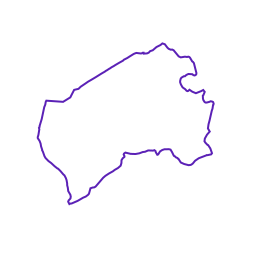 Chiquimula, Chiquimula, Guatemala (Natural Earth projection), rotated 327°
{"feature_id": "79465075B13186946486683", "entity_name": "Chiquimula", "entity_type": "district", "adm_level": 2, "iso_a3": "GTM", "parent_name": "Guatemala", "parent_adm1": "Chiquimula", "projection": "natural_earth1", "projection_center": [-89.563, 14.792], "detail": "fine", "context": "isolated", "style": "outline", "palette": "violet", "viewbox_px": 256, "rotation_deg": 327, "n_neighbors": 0, "source": "geoboundaries", "source_scale": "gbopen_adm2", "svg_char_len": 2719}
<svg xmlns="http://www.w3.org/2000/svg" viewBox="0 0 256 256"><g transform="rotate(327 128 128)"><path d="M43.8,100.0L43.8,101.2L42.6,106.2L42.5,108.3L43.3,112.4L44.5,115.6L45.6,120.0L46.8,123.6L47.2,124.0L47.9,127.3L48.5,131.8L48.9,133.1L48.6,136.2L48.1,138.2L46.8,141.3L45.8,142.9L45.0,145.3L43.5,148.4L43.3,152.6L42.6,154.4L41.3,155.8L38.8,156.4L37.7,157.2L37.4,159.9L38.5,160.0L39.6,160.6L46.1,161.7L52.5,162.0L55.2,162.5L58.0,162.3L59.4,161.9L63.7,158.1L66.0,158.7L67.3,159.4L68.9,159.5L80.1,156.2L83.1,155.8L87.4,155.8L91.8,156.1L94.0,155.9L97.8,156.1L101.3,155.6L103.4,153.8L105.0,151.5L107.1,150.5L109.2,150.3L109.7,149.7L109.9,147.9L110.7,147.3L112.4,147.2L116.1,151.1L120.1,153.9L123.7,155.4L127.3,156.2L129.3,157.2L132.7,157.8L136.7,160.6L138.1,161.0L138.5,162.4L138.1,163.5L138.0,166.4L138.9,166.6L142.1,165.1L144.7,165.1L147.0,165.7L150.8,168.1L151.9,169.3L151.8,172.2L151.3,176.3L151.8,177.0L152.2,178.7L152.5,179.2L153.1,180.0L153.2,181.0L153.5,181.3L153.5,185.7L155.5,188.8L158.6,192.2L160.5,193.1L161.4,193.2L163.0,193.1L166.4,192.0L170.9,191.9L178.8,193.6L179.3,193.6L179.9,194.1L183.4,195.4L184.7,194.9L185.9,190.0L185.9,186.0L185.5,185.6L184.9,182.4L184.9,180.8L186.7,178.7L190.7,176.6L194.6,175.5L194.8,171.9L197.6,168.7L200.3,166.3L207.6,159.2L208.2,158.7L209.3,157.9L211.9,155.0L212.3,155.0L213.1,154.2L213.5,152.6L213.0,151.7L211.9,150.6L210.5,150.4L207.8,149.5L206.8,148.8L206.4,147.9L206.4,145.8L206.8,144.3L208.2,141.9L208.4,141.6L209.1,141.5L212.0,139.5L211.8,137.1L209.4,136.9L203.9,135.8L201.7,132.6L200.4,129.4L198.7,129.7L198.0,129.5L197.4,128.7L197.1,126.6L196.1,124.2L195.9,123.2L196.1,120.3L196.6,118.1L197.3,117.0L199.0,115.4L200.2,114.9L203.0,115.0L203.9,115.6L205.9,115.3L208.1,115.6L211.3,118.0L211.6,119.3L212.6,120.3L214.3,120.3L215.3,119.2L218.6,109.5L218.5,108.0L218.1,107.1L218.3,102.7L218.0,101.7L217.4,101.0L216.2,100.6L214.6,99.2L210.7,97.5L209.9,96.2L209.5,95.5L208.6,87.6L207.8,86.3L206.5,85.6L205.2,83.7L204.8,82.0L204.5,77.8L202.9,75.8L200.4,76.1L196.0,75.6L191.1,76.3L188.4,75.6L186.4,76.1L184.6,75.8L181.7,74.2L182.1,73.4L181.3,72.9L180.4,72.9L179.5,72.6L177.9,71.3L175.9,69.6L174.3,69.2L173.1,69.0L168.0,68.9L165.5,68.9L161.7,68.5L160.5,68.8L156.2,68.5L151.7,68.3L149.8,68.3L147.2,68.1L145.6,68.2L144.8,68.1L143.4,68.1L141.4,68.1L141.1,68.1L140.7,68.0L140.2,68.0L139.6,68.1L139.3,68.1L138.9,68.1L137.3,68.0L135.1,67.9L128.6,67.8L123.3,67.6L119.8,67.4L116.6,67.5L110.8,67.6L107.8,68.2L103.6,66.7L98.5,69.6L96.3,70.9L87.8,70.7L74.4,60.6L73.1,61.4L71.4,63.3L69.1,64.9L60.5,73.5L54.8,78.3L54.5,78.9L53.4,79.4L53.0,80.7L49.1,85.0L47.7,86.2L47.3,86.5L46.8,87.4L46.8,90.7L46.2,93.5L45.1,96.0L44.2,99.4L43.8,100.0Z" fill="none" stroke="#5b21b6" stroke-width="2"/></g></svg>